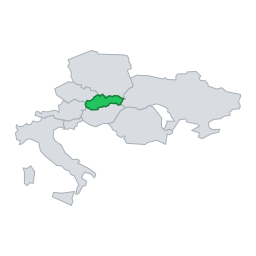 Slovakia highlighted among its neighbors
{"feature_id": "SVK", "entity_name": "Slovakia", "entity_type": "country or territory", "adm_level": 0, "iso_a3": "SVK", "parent_name": "Europe", "parent_adm1": "", "projection": "robinson", "projection_center": [19.621, 48.681], "detail": "fine", "context": "with_neighbors", "style": "filled", "palette": "green", "viewbox_px": 256, "rotation_deg": 0, "n_neighbors": 8, "source": "natural_earth", "source_scale": "50m", "svg_char_len": 5734}
<svg xmlns="http://www.w3.org/2000/svg" viewBox="0 0 256 256"><path d="M209.2,127.7L212.8,129.8L219.7,129.3L218.6,132.3L211.2,133.8L202.2,138.7L198.3,137.0L199.5,132.9L191.9,130.5L199.3,126.0L197.2,124.1L186.5,121.9L185.8,118.8L179.6,119.8L172.3,130.8L169.1,129.3L166.0,130.7L162.8,129.1L164.5,128.2L167.3,122.6L166.8,121.1L174.7,121.2L171.3,116.9L170.2,113.4L167.6,112.0L168.0,109.1L164.8,106.8L156.9,103.9L148.1,105.9L146.5,107.9L139.3,110.0L136.1,108.0L127.6,107.0L124.7,108.8L124.2,106.5L120.4,104.2L123.5,98.6L125.0,99.1L123.2,95.3L129.1,88.3L132.4,87.3L133.0,85.0L129.5,77.8L132.6,77.4L136.2,75.2L147.9,75.7L163.1,79.0L165.5,77.6L167.3,79.5L175.9,79.9L176.0,75.7L177.9,73.9L186.0,73.8L187.5,71.9L196.2,71.5L200.8,76.2L199.3,77.9L200.1,80.4L205.4,80.8L208.1,84.4L208.1,86.1L216.8,89.0L221.8,87.7L226.3,91.6L240.3,94.3L240.6,96.7L238.4,101.2L240.3,105.9L239.6,108.7L233.1,109.3L229.9,111.7L230.0,115.4L224.6,116.1L220.4,118.8L214.0,119.3L208.4,122.5L209.2,127.7Z" fill="#d9dde1" stroke="#a8b0b8" stroke-width="1"/><path d="M128.8,58.4L129.1,62.1L131.0,65.2L131.1,68.5L127.2,70.2L133.0,85.0L132.4,87.3L129.1,88.3L123.2,95.3L125.0,99.1L117.1,95.4L112.3,96.6L109.1,95.7L105.2,97.5L101.8,94.5L99.1,95.7L95.6,91.0L90.7,90.5L90.1,87.9L85.6,86.9L84.5,89.1L81.0,87.4L81.4,85.1L76.5,84.4L73.4,81.7L70.9,76.4L71.5,73.5L70.0,69.1L67.7,66.1L69.6,63.9L68.2,59.7L91.0,50.6L97.4,52.0L97.9,54.0L123.8,54.9L127.2,55.8L128.8,58.4Z" fill="#d9dde1" stroke="#a8b0b8" stroke-width="1"/><path d="M85.9,102.8L85.5,110.2L81.7,110.3L82.9,112.1L79.3,119.0L73.3,119.2L69.8,121.1L54.6,118.3L53.2,115.3L46.4,116.8L45.5,118.4L35.0,115.4L36.0,111.8L38.1,111.4L41.4,113.7L42.4,111.5L48.4,111.9L53.3,110.3L56.5,110.6L58.6,112.3L59.2,110.9L58.5,105.4L60.9,104.3L63.4,100.4L68.3,103.1L74.6,99.0L79.7,101.6L82.9,101.2L85.9,102.8Z" fill="#d9dde1" stroke="#a8b0b8" stroke-width="1"/><path d="M120.4,104.2L124.2,106.5L124.7,108.8L120.6,110.6L113.4,122.1L107.9,123.7L103.7,123.3L95.9,126.8L90.2,125.2L83.0,120.5L81.7,117.6L80.6,117.5L82.9,112.1L81.7,110.3L85.5,110.2L86.0,106.8L91.9,109.9L97.6,108.8L98.1,107.1L108.0,105.0L111.7,102.5L119.0,105.1L120.4,104.2Z" fill="#d9dde1" stroke="#a8b0b8" stroke-width="1"/><path d="M162.8,129.1L166.0,130.7L169.1,129.3L172.3,130.8L172.6,132.9L169.3,134.8L167.2,134.0L165.7,144.3L156.5,140.3L148.4,142.3L145.0,144.5L126.8,143.3L123.5,138.3L125.1,136.9L123.4,135.8L121.2,137.7L117.2,135.2L116.6,131.7L112.4,129.7L111.6,127.0L107.9,123.7L113.4,122.1L120.6,110.6L127.6,107.0L136.1,108.0L139.3,110.0L146.5,107.9L148.1,105.9L151.0,105.9L153.0,106.8L161.6,117.9L161.4,125.2L162.8,129.1Z" fill="#d9dde1" stroke="#a8b0b8" stroke-width="1"/><path d="M41.5,117.2L45.5,118.4L46.4,116.8L53.2,115.3L54.6,118.3L64.2,120.5L63.4,124.6L64.9,128.2L59.5,127.0L53.8,130.0L53.1,136.7L55.2,141.0L61.6,145.4L64.9,152.5L72.5,159.4L78.0,159.3L79.7,161.2L77.7,162.9L89.0,168.6L95.0,173.1L95.8,174.7L94.4,177.8L90.5,173.8L84.4,172.4L81.4,177.9L86.5,181.1L85.6,185.7L82.6,186.2L78.7,193.6L75.7,194.3L77.3,187.0L78.9,185.1L74.1,175.7L71.2,174.7L69.2,171.0L64.7,169.4L61.7,166.0L56.6,165.4L45.0,155.9L40.5,151.0L38.7,142.5L29.8,138.7L26.5,139.8L22.3,143.8L19.4,144.5L20.4,140.7L16.7,139.6L15.4,133.0L17.9,130.4L16.1,127.2L16.5,124.8L19.4,126.7L22.7,126.3L26.7,123.4L27.8,124.7L31.1,124.5L32.7,121.0L37.7,122.1L40.8,120.7L41.5,117.2ZM61.9,193.2L74.6,191.5L71.9,198.3L72.9,201.0L71.4,205.4L52.4,196.8L53.6,192.4L61.9,193.2ZM27.1,168.4L30.7,165.8L34.7,171.9L33.2,183.3L30.0,182.7L27.0,185.6L24.4,183.3L24.6,172.9L23.2,168.0L27.1,168.4Z" fill="#d9dde1" stroke="#a8b0b8" stroke-width="1"/><path d="M64.2,120.5L69.8,121.1L73.3,119.2L79.3,119.0L80.6,117.5L81.7,117.6L83.0,120.5L77.5,122.7L76.8,126.2L74.4,127.0L74.4,129.4L69.4,127.9L68.1,129.3L63.4,129.0L64.9,128.2L63.4,124.6L64.2,120.5Z" fill="#d9dde1" stroke="#a8b0b8" stroke-width="1"/><path d="M73.4,81.7L76.5,84.4L81.4,85.1L81.0,87.4L84.5,89.1L85.6,86.9L90.1,87.9L90.7,90.5L95.6,91.0L98.7,95.1L94.1,97.0L92.2,100.2L86.9,100.9L85.9,102.8L82.9,101.2L79.7,101.6L74.6,99.0L68.3,103.1L56.4,94.7L54.8,88.7L68.7,81.6L70.5,82.5L73.4,81.7Z" fill="#d9dde1" stroke="#a8b0b8" stroke-width="1"/><path d="M123.4,98.7L123.3,99.1L123.0,99.5L122.7,99.9L122.4,100.4L122.0,101.5L121.8,102.0L120.8,103.0L120.7,104.4L120.6,104.5L118.3,105.0L118.0,104.9L117.6,104.6L117.5,104.4L117.4,104.3L117.1,103.9L116.9,103.6L116.5,103.4L116.1,103.1L115.7,103.1L114.4,103.5L113.5,103.5L113.0,103.4L112.2,103.2L110.7,103.2L109.7,103.4L109.6,103.6L108.6,105.3L107.2,105.9L106.0,106.6L105.7,106.7L105.1,106.5L104.4,106.1L103.9,105.9L103.4,106.0L103.0,106.4L102.8,106.9L101.4,107.2L99.1,107.4L98.2,107.8L97.9,108.3L97.9,108.7L98.1,109.1L97.9,109.5L96.1,109.7L93.9,109.8L92.5,109.8L91.3,109.8L90.4,109.4L89.4,108.8L88.3,107.9L88.2,107.9L87.3,107.7L87.1,107.8L86.7,107.5L86.6,107.1L86.0,106.1L85.3,104.5L85.3,104.1L85.6,103.6L85.8,103.2L85.9,102.8L85.9,102.7L86.1,102.1L86.7,101.2L87.2,100.7L87.5,100.5L88.2,100.7L89.5,100.8L90.4,100.7L91.3,100.3L91.8,100.0L92.2,99.6L92.4,99.4L92.6,99.2L93.3,99.0L93.5,98.8L93.6,98.3L93.7,97.8L93.9,97.4L94.1,97.2L95.4,96.5L95.5,96.3L95.8,96.0L96.2,95.8L96.6,95.4L97.0,95.2L97.5,95.2L98.0,95.2L98.4,95.0L98.6,95.0L99.3,95.1L99.4,95.5L99.5,96.0L100.7,96.0L101.3,95.0L101.7,94.9L102.3,94.6L102.6,94.3L102.9,94.5L103.2,95.1L103.6,95.6L103.9,95.8L104.1,96.0L104.6,96.0L104.8,96.2L104.9,96.6L104.9,97.1L104.8,97.4L104.7,97.6L105.0,97.7L105.5,97.6L105.8,97.5L106.7,97.8L107.1,97.1L107.5,96.7L107.9,96.5L108.4,96.2L108.8,96.1L109.1,96.1L109.5,96.0L109.9,96.1L110.5,96.0L111.2,96.2L111.7,96.6L112.2,96.7L112.7,96.7L113.0,96.5L113.6,95.8L113.9,95.8L114.5,95.7L115.4,95.7L117.3,95.9L117.8,96.1L119.0,96.4L119.5,96.8L119.8,97.3L119.9,97.6L121.1,98.0L122.9,98.7L123.4,98.7Z" fill="#22c55e" stroke="#15803d" stroke-width="1.5"/></svg>